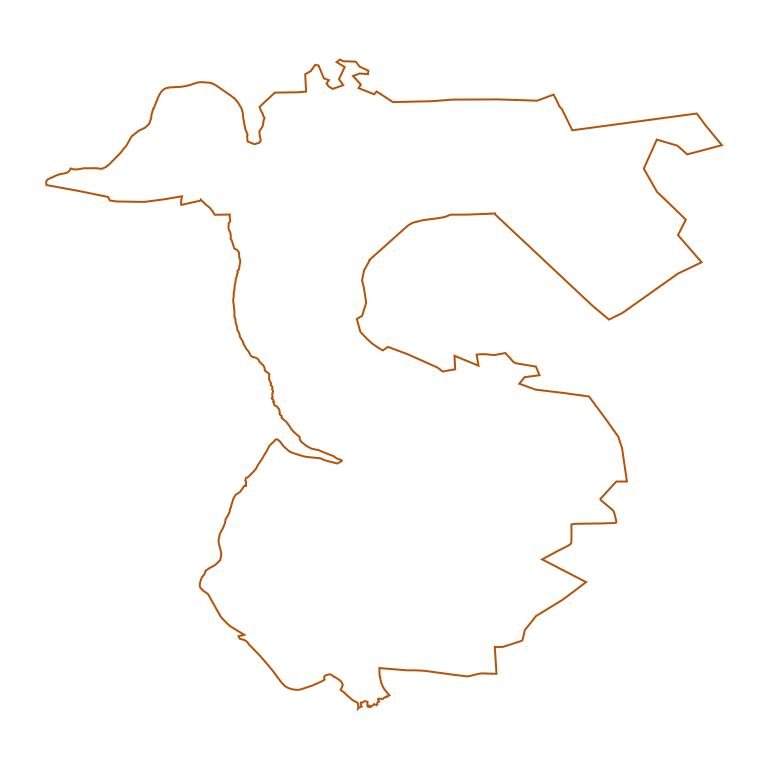 outline of Brocēni, Brocenu, Latvia
{"feature_id": "27541924B69877910900849", "entity_name": "Brocēni", "entity_type": "district", "adm_level": 2, "iso_a3": "LVA", "parent_name": "Latvia", "parent_adm1": "Brocenu", "projection": "equal_earth", "projection_center": [22.567, 56.678], "detail": "fine", "context": "isolated", "style": "outline", "palette": "amber", "viewbox_px": 768, "rotation_deg": 0, "n_neighbors": 0, "source": "geoboundaries", "source_scale": "gbopen_adm2", "svg_char_len": 6065}
<svg xmlns="http://www.w3.org/2000/svg" viewBox="0 0 768 768"><path d="M228.7,223.3L228.5,228.0L229.0,230.1L230.3,232.5L230.8,235.4L230.8,237.0L230.5,238.6L231.5,239.9L232.6,242.9L234.1,248.2L234.7,248.8L236.8,249.7L238.5,251.6L239.1,253.4L239.1,255.9L239.3,257.3L240.2,260.3L240.3,261.6L239.9,264.0L239.5,265.2L239.1,269.2L237.6,270.7L237.4,271.6L237.8,272.9L237.2,273.7L236.6,276.7L235.6,279.9L235.5,282.1L234.6,286.3L234.5,289.4L234.0,291.0L234.0,292.3L233.6,293.6L233.8,296.8L233.4,297.8L233.2,300.0L233.3,302.5L233.7,304.2L234.5,312.8L234.4,316.1L234.9,317.9L235.4,318.9L235.7,322.7L237.0,326.7L237.3,330.0L238.7,332.1L239.4,333.9L240.0,336.9L242.4,340.7L243.9,344.8L245.2,346.6L246.3,348.9L248.4,351.2L250.3,354.9L251.1,356.0L252.6,356.9L255.4,357.6L258.2,359.1L259.3,361.6L261.2,363.3L261.8,364.2L262.9,364.9L264.2,366.8L265.0,370.6L267.2,372.5L269.0,373.6L269.3,374.1L269.0,379.0L269.5,380.0L269.8,381.6L271.0,382.8L271.1,383.3L270.6,384.5L270.6,384.9L272.5,387.0L272.1,389.4L273.1,390.9L273.1,391.5L272.4,393.2L272.2,395.3L272.7,397.1L271.7,398.3L271.8,398.6L273.1,399.6L273.5,400.3L273.5,401.1L273.1,401.8L274.0,402.3L273.8,403.6L274.2,404.9L274.8,405.5L276.8,406.4L277.3,406.7L278.0,408.0L278.9,408.8L279.4,410.1L279.5,412.0L279.9,412.8L279.5,413.5L279.5,414.0L280.2,414.9L281.7,415.8L281.9,416.3L281.5,417.5L281.6,417.9L285.9,421.5L288.8,425.1L291.0,428.6L293.5,431.7L299.6,437.0L299.7,437.7L299.7,439.1L299.9,439.8L301.6,442.1L306.6,446.0L311.4,448.6L319.1,450.3L323.1,452.1L333.7,456.2L336.5,458.3L341.0,459.9L341.8,460.5L341.8,461.0L337.2,463.5L325.0,460.3L321.5,458.8L319.5,458.2L308.0,457.1L303.4,456.3L293.4,453.2L289.4,451.4L288.7,450.9L283.3,446.0L280.2,441.7L277.6,439.5L276.3,439.3L275.2,439.9L274.6,440.8L269.4,445.7L266.9,450.7L261.5,459.7L257.8,465.2L256.2,468.4L254.1,471.0L249.0,476.2L247.3,477.6L246.4,477.6L245.8,478.5L245.3,480.8L246.1,481.6L246.0,485.9L244.5,485.7L240.0,492.0L235.7,494.8L233.7,497.8L231.1,505.9L230.9,507.6L229.8,509.4L229.8,511.5L227.9,515.6L225.6,519.2L225.0,523.1L223.0,528.0L219.9,533.7L218.5,540.5L218.8,543.4L221.0,552.0L221.3,554.7L220.2,560.1L215.0,565.2L209.6,568.0L205.6,570.7L205.1,572.4L203.9,575.1L202.2,576.7L201.0,579.4L199.9,583.7L199.7,585.7L200.0,586.9L200.7,588.1L203.3,590.8L207.6,593.8L208.2,594.4L220.3,616.0L222.2,618.5L228.3,624.6L231.1,626.8L244.2,634.8L238.5,636.3L239.5,638.2L240.2,638.9L244.0,639.9L246.1,641.0L247.6,642.3L248.6,644.1L259.7,655.4L265.6,662.3L272.8,670.8L280.1,680.7L282.4,683.5L285.5,686.5L288.7,688.2L293.4,689.5L296.1,689.8L298.6,689.8L301.1,689.3L311.7,685.8L321.2,681.6L324.5,679.7L324.2,676.8L324.4,676.3L325.4,675.5L328.4,674.5L329.5,674.4L331.2,674.6L331.7,674.9L332.9,676.1L335.3,677.3L338.9,679.6L341.2,681.5L342.8,684.7L342.1,686.9L340.6,689.8L341.1,690.4L343.8,692.2L346.4,694.8L352.9,700.4L357.5,702.6L358.1,704.8L358.3,707.1L358.1,708.5L358.9,707.6L361.7,706.6L361.3,706.0L360.7,703.6L361.1,702.4L362.3,702.6L364.7,701.1L367.5,701.8L367.3,705.3L367.6,706.4L368.0,706.7L369.1,705.6L369.7,705.8L369.5,707.0L370.1,707.2L372.9,705.4L374.1,704.1L376.5,705.2L377.4,704.3L377.2,703.1L377.9,702.2L379.1,701.5L377.9,699.4L378.4,698.6L382.8,699.0L384.0,697.8L386.8,696.8L386.5,696.6L389.5,695.2L388.1,693.9L384.2,689.1L382.4,685.7L381.2,682.7L379.9,676.9L379.5,673.8L379.4,668.1L406.6,670.3L414.9,670.3L424.6,670.8L453.2,674.7L466.4,676.3L469.0,676.2L479.1,673.7L482.0,673.4L496.5,673.8L494.8,647.0L502.9,646.9L521.6,640.9L522.6,639.8L524.7,630.4L525.6,629.1L530.2,623.5L535.9,616.1L563.2,599.4L586.1,582.1L542.1,559.4L557.3,551.2L569.1,545.2L571.1,543.4L571.3,542.6L571.5,537.0L571.4,524.6L572.4,524.1L576.2,523.8L603.1,523.4L614.6,523.0L616.1,522.6L616.3,522.1L616.2,520.7L614.3,513.2L613.7,511.4L612.6,510.0L600.8,500.1L600.4,499.3L601.0,498.2L616.4,481.5L626.9,481.5L622.1,448.4L618.4,436.9L604.7,417.6L589.0,396.5L563.7,393.0L535.4,389.6L519.3,383.7L524.6,377.2L539.5,375.2L535.9,366.6L516.1,363.3L513.6,362.1L505.3,353.0L494.3,355.1L484.4,354.1L478.2,354.4L476.6,354.7L478.5,365.7L454.5,355.8L455.2,369.3L442.6,371.5L437.4,367.5L407.8,354.3L388.0,346.9L382.8,350.4L378.5,347.9L372.2,343.6L367.0,338.8L360.4,331.9L356.8,319.0L362.1,315.8L366.2,302.7L363.8,287.5L362.0,280.2L364.1,270.3L369.7,260.3L369.4,260.0L407.0,226.4L409.3,224.6L413.0,222.7L422.8,220.2L440.2,217.9L445.1,216.9L450.6,214.7L467.5,214.6L495.1,213.5L495.2,214.5L592.1,305.4L609.0,319.6L622.5,312.9L678.1,273.5L701.6,262.3L678.0,235.1L685.8,219.8L678.7,212.7L656.9,191.7L643.8,168.7L656.8,139.6L677.5,145.7L687.2,154.4L721.9,145.2L705.7,125.5L696.8,113.5L572.3,130.3L561.8,108.9L559.5,106.6L557.1,101.4L553.6,94.6L537.1,100.7L498.3,99.4L452.8,99.6L431.9,101.2L393.0,102.1L376.6,91.5L374.2,94.3L358.6,88.1L360.8,84.5L353.0,76.0L359.7,73.5L368.0,74.1L368.4,70.7L359.6,66.6L355.8,61.7L343.0,61.2L340.1,59.5L336.6,62.1L344.7,67.0L339.0,79.1L343.2,85.2L332.7,88.9L328.6,86.4L326.5,83.4L328.9,80.2L323.9,78.4L318.5,65.4L315.1,65.0L310.8,71.1L305.2,74.2L306.1,91.6L297.4,92.3L274.9,92.6L259.5,106.9L261.3,111.6L262.5,113.3L263.2,115.8L264.6,117.9L263.4,121.2L263.1,124.6L262.3,126.8L259.3,131.5L259.8,136.0L260.7,139.4L260.7,140.9L259.2,142.8L254.4,144.2L247.6,141.5L247.1,136.3L247.6,134.2L246.8,132.7L245.2,128.6L243.4,119.0L242.8,113.1L241.4,108.1L238.2,102.9L234.8,98.7L229.9,95.0L215.9,85.3L212.9,83.7L210.3,82.8L201.4,82.1L197.1,82.6L189.5,85.2L184.8,86.2L180.9,86.8L169.8,87.4L165.8,88.2L163.3,89.7L161.5,91.5L159.9,93.9L158.0,97.5L153.7,108.6L153.3,108.5L151.4,115.0L151.2,118.1L149.2,123.9L144.9,127.8L138.8,130.7L131.6,136.4L126.1,146.2L124.0,148.3L120.5,152.9L109.3,164.3L105.9,167.0L102.2,168.7L101.4,168.8L95.4,168.2L83.7,168.3L78.7,169.2L74.0,169.5L70.7,168.5L69.6,170.5L67.9,172.3L64.6,173.4L60.5,174.0L56.2,175.5L48.1,179.2L46.5,180.8L46.1,182.5L46.5,185.1L78.4,190.9L108.1,197.0L109.9,200.5L116.9,201.5L144.7,201.9L164.8,199.2L182.0,196.3L181.2,200.6L181.0,203.1L181.3,204.9L200.6,200.6L200.9,199.7L206.1,204.9L209.6,207.5L212.8,211.7L214.8,214.8L229.7,214.5L229.6,215.5L229.9,216.0L229.6,216.8L230.3,220.4L230.0,221.6L228.7,223.3Z" fill="none" stroke="#b45309" stroke-width="2"/></svg>